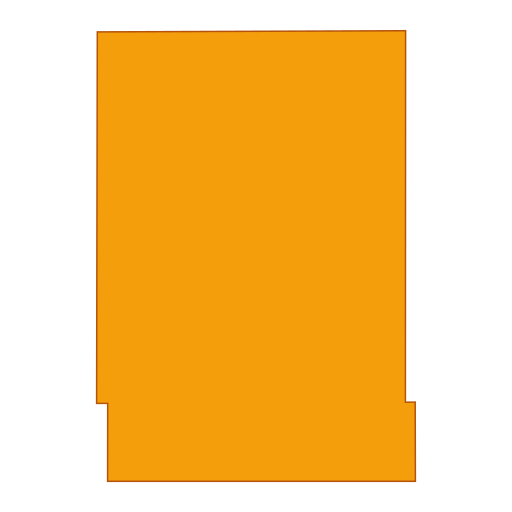 Kearny, Kansas, United States of America
{"feature_id": "52423323B71286505277012", "entity_name": "Kearny", "entity_type": "district", "adm_level": 2, "iso_a3": "USA", "parent_name": "United States of America", "parent_adm1": "Kansas", "projection": "robinson", "projection_center": [-101.274, 38.0], "detail": "fine", "context": "isolated", "style": "filled", "palette": "amber", "viewbox_px": 512, "rotation_deg": 0, "n_neighbors": 0, "source": "geoboundaries", "source_scale": "gbopen_adm2", "svg_char_len": 247}
<svg xmlns="http://www.w3.org/2000/svg" viewBox="0 0 512 512"><path d="M415.4,481.3L415.2,402.1L405.4,402.2L405.6,30.7L390.0,30.8L97.3,31.9L96.6,403.4L107.7,403.4L107.6,481.3L415.4,481.3Z" fill="#f59e0b" stroke="#b45309" stroke-width="1.5"/></svg>